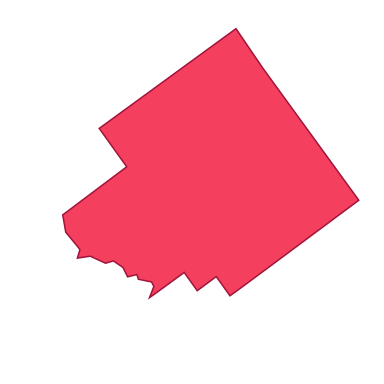 Christian, Illinois, United States of America, rotated 234°
{"feature_id": "52423323B8953724848659", "entity_name": "Christian", "entity_type": "district", "adm_level": 2, "iso_a3": "USA", "parent_name": "United States of America", "parent_adm1": "Illinois", "projection": "equal_earth", "projection_center": [-89.314, 39.586], "detail": "fine", "context": "isolated", "style": "filled", "palette": "rose", "viewbox_px": 384, "rotation_deg": 234, "n_neighbors": 0, "source": "geoboundaries", "source_scale": "gbopen_adm2", "svg_char_len": 524}
<svg xmlns="http://www.w3.org/2000/svg" viewBox="0 0 384 384"><g transform="rotate(234 192 192)"><path d="M218.0,67.2L211.3,67.5L205.9,60.4L199.9,71.9L185.2,80.2L182.4,87.9L171.5,91.8L161.2,90.0L157.6,98.9L152.9,97.3L143.0,106.4L138.0,105.6L131.5,95.5L131.4,103.3L131.5,138.4L109.1,138.2L109.3,161.9L85.7,161.7L85.7,177.5L86.1,217.6L86.2,225.6L87.3,322.1L250.6,322.1L298.3,323.6L298.0,154.5L298.0,154.3L250.8,154.0L250.5,136.2L249.5,74.0L233.7,66.2L218.0,67.2Z" fill="#f43f5e" stroke="#9f1239" stroke-width="1.5"/></g></svg>